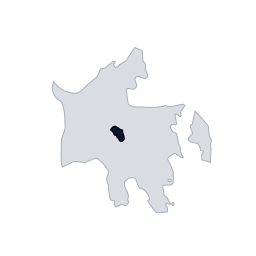 Ucar highlighted on a map of Azerbaijan, rotated 215°
{"feature_id": "AZE-1718", "entity_name": "Ucar", "entity_type": "District", "adm_level": 1, "iso_a3": "AZE", "parent_name": "Azerbaijan", "parent_adm1": "", "projection": "mercator", "projection_center": [47.727, 40.414], "detail": "fine", "context": "in_parent", "style": "filled", "palette": "ink", "viewbox_px": 256, "rotation_deg": 215, "n_neighbors": 0, "source": "natural_earth", "source_scale": "10m", "svg_char_len": 3623}
<svg xmlns="http://www.w3.org/2000/svg" viewBox="0 0 256 256"><g transform="rotate(215 128 128)"><path d="M168.7,198.0L167.8,197.9L161.4,199.4L160.1,198.9L154.6,191.9L153.5,191.2L151.1,190.9L149.7,189.7L148.6,187.8L147.9,186.4L142.3,182.6L141.4,181.2L141.3,180.0L142.1,178.9L143.1,178.0L145.9,177.0L149.1,176.2L150.1,175.6L150.7,174.6L150.6,173.0L150.1,171.4L145.5,168.4L144.9,167.2L144.8,165.6L145.1,164.0L145.8,162.8L149.6,161.0L151.6,159.3L150.3,157.3L146.3,152.7L141.4,147.7L138.2,147.7L134.4,149.1L128.5,153.4L125.2,155.2L120.9,158.2L116.2,161.6L112.3,165.2L109.9,168.1L105.7,169.4L103.5,171.8L96.4,179.2L94.3,179.1L94.2,175.5L94.3,172.6L93.9,170.9L91.6,168.6L91.5,167.6L92.2,167.0L93.9,167.4L96.2,167.2L97.3,166.3L94.9,163.3L92.7,161.3L90.8,159.9L90.4,159.1L90.4,158.5L90.8,157.8L94.0,156.2L94.3,154.6L94.1,152.9L89.1,150.4L85.3,151.3L82.0,148.5L79.8,146.3L77.1,143.9L74.7,142.6L72.4,139.7L68.4,136.6L65.9,135.8L65.9,135.3L66.4,134.7L67.5,134.3L74.6,134.4L75.4,133.8L75.9,132.5L76.9,130.6L78.0,127.7L77.9,125.3L70.8,121.4L65.6,117.8L62.0,113.0L59.5,108.7L59.6,107.2L60.3,105.8L65.9,101.8L66.2,100.8L66.1,100.1L64.1,98.0L61.6,95.9L60.9,94.3L59.3,93.5L56.3,93.5L51.1,90.9L50.0,90.6L49.7,90.1L50.0,89.5L53.7,88.5L53.6,87.6L52.5,86.5L50.4,85.6L48.5,83.5L47.8,81.6L54.5,76.1L56.5,75.0L61.0,76.1L70.1,79.7L69.5,81.7L70.4,82.9L72.5,84.4L76.6,86.0L80.0,86.8L81.7,86.1L84.3,85.5L87.8,87.3L90.9,89.6L92.5,90.5L93.3,90.8L95.7,90.1L98.6,87.1L99.7,83.5L100.0,81.8L98.4,79.4L94.9,76.9L91.0,74.6L88.6,72.6L87.0,68.7L85.4,68.2L85.0,67.7L84.7,66.4L84.8,64.5L85.3,63.0L86.9,62.4L88.5,62.2L89.9,60.8L91.7,58.1L92.5,56.6L95.8,57.4L96.3,59.9L96.9,60.4L98.3,60.1L100.6,59.1L102.4,59.9L104.8,62.8L108.1,65.8L109.9,67.9L110.6,69.3L112.3,70.7L114.7,72.3L116.7,74.8L118.4,80.6L120.2,82.0L126.5,84.2L128.8,84.7L135.0,85.5L137.2,84.9L140.4,79.9L143.3,74.7L146.0,73.6L150.9,71.1L153.8,68.7L155.0,66.1L157.7,61.3L159.4,58.5L162.3,60.9L167.3,67.5L174.4,78.2L176.1,81.2L177.3,84.7L178.3,88.9L179.9,92.6L187.1,102.0L190.2,105.4L195.2,109.9L197.0,110.9L199.4,111.2L203.8,111.2L207.8,112.9L209.8,114.2L211.8,115.9L213.6,118.0L215.5,123.4L208.5,121.6L201.5,121.9L197.6,123.1L193.7,124.7L190.0,126.9L187.7,131.3L185.8,141.4L182.9,150.8L183.0,155.1L184.3,159.3L184.1,161.3L182.8,162.1L181.2,163.9L179.0,172.4L178.0,174.1L176.6,175.2L176.2,174.2L176.3,171.9L173.2,170.0L171.6,172.2L170.5,176.9L168.2,181.8L168.1,182.8L168.7,198.0ZM65.0,109.6L65.3,108.2L64.5,107.6L63.5,107.6L62.7,108.3L62.7,110.0L63.8,110.3L65.0,109.6ZM42.0,149.1L41.0,147.7L40.5,146.9L43.6,146.3L48.7,144.4L50.1,145.3L51.6,147.2L52.4,148.8L52.5,151.8L53.1,152.3L55.6,151.3L56.8,152.5L58.7,154.0L62.0,155.4L66.8,153.1L69.2,152.6L71.2,152.6L72.3,153.3L72.7,155.6L72.3,158.5L71.7,160.1L72.7,161.2L76.7,164.0L78.3,165.5L77.5,168.2L80.4,174.6L81.4,177.2L82.6,180.3L76.6,179.1L65.7,176.4L62.7,175.1L59.9,171.5L58.2,169.7L55.8,167.5L53.7,166.7L52.2,165.1L51.3,162.8L50.0,160.7L47.8,158.3L42.7,149.9L42.0,149.1ZM48.5,92.6L47.8,93.1L46.8,92.6L46.5,91.5L46.5,90.4L47.6,90.2L48.4,90.5L48.7,91.5L48.5,92.6Z" fill="#d9dde1" stroke="#a8b0b8" stroke-width="1"/><path d="M141.3,116.8L141.1,118.5L140.9,120.1L140.3,121.2L139.5,122.0L137.7,122.1L136.0,122.4L134.3,122.2L132.8,122.3L132.0,122.8L131.2,122.9L130.7,122.2L130.2,121.4L128.4,120.1L126.6,118.8L126.1,117.9L125.3,117.4L124.8,116.4L125.0,115.2L125.3,113.7L126.2,113.1L127.4,112.9L128.6,113.3L129.1,113.9L129.8,114.5L130.4,114.2L131.1,114.0L131.9,114.5L132.7,115.1L133.4,115.4L134.0,115.1L134.6,114.7L135.2,114.7L136.2,115.3L137.3,115.8L138.5,116.4L139.7,116.5L140.5,116.4L141.3,116.8Z" fill="#0f172a" stroke="#020617" stroke-width="1.5"/></g></svg>